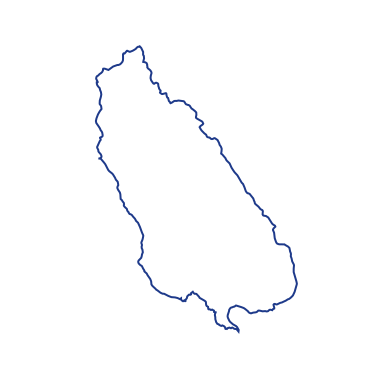 Machetá, Cundinamarca, Colombia, rotated 115°
{"feature_id": "7082276B57289019060192", "entity_name": "Machetá", "entity_type": "district", "adm_level": 2, "iso_a3": "COL", "parent_name": "Colombia", "parent_adm1": "Cundinamarca", "projection": "albers", "projection_center": [-73.613, 5.041], "detail": "fine", "context": "isolated", "style": "outline", "palette": "blue", "viewbox_px": 384, "rotation_deg": 115, "n_neighbors": 0, "source": "geoboundaries", "source_scale": "gbopen_adm2", "svg_char_len": 6055}
<svg xmlns="http://www.w3.org/2000/svg" viewBox="0 0 384 384"><g transform="rotate(115 192 192)"><path d="M298.8,90.9L297.3,91.4L295.4,94.0L294.9,95.4L294.6,99.0L293.6,102.5L292.9,103.8L290.9,106.2L290.0,107.0L288.5,107.6L284.4,108.1L282.9,108.5L281.1,108.2L280.1,107.6L279.6,106.9L278.4,105.8L277.9,105.1L276.3,104.2L276.2,103.8L275.5,98.8L275.3,96.1L275.5,94.7L275.8,93.4L276.5,90.7L277.1,89.8L277.2,88.8L277.2,88.0L277.0,87.2L275.5,85.6L274.0,83.2L273.2,82.5L271.5,81.8L271.2,81.3L270.9,80.4L270.3,77.6L269.0,75.3L268.8,74.1L268.2,73.1L267.8,72.7L266.5,72.2L265.9,71.8L265.5,71.0L265.2,69.3L264.1,69.2L262.9,68.2L262.3,68.4L259.9,70.4L259.7,70.5L258.9,70.3L258.4,69.6L258.3,68.1L257.9,67.4L255.2,65.2L254.1,63.8L252.6,62.6L251.0,61.2L248.8,59.8L248.0,58.9L246.4,58.0L244.1,57.1L243.0,56.8L239.1,56.8L231.5,58.0L230.6,58.3L228.9,59.6L221.6,66.0L218.6,67.4L215.3,68.6L214.6,69.2L212.6,71.8L210.1,73.7L208.5,75.3L206.4,76.1L205.6,76.7L204.5,77.9L201.6,80.0L200.9,81.8L200.6,85.2L200.4,86.0L202.6,91.0L202.8,92.9L202.4,93.9L201.6,94.9L198.9,97.5L194.2,100.4L192.3,102.5L191.9,102.7L190.6,102.7L188.2,101.8L187.6,102.4L187.4,102.9L187.3,104.2L187.1,105.2L186.7,106.2L182.9,112.1L182.5,114.8L183.1,116.9L183.1,117.7L182.4,118.6L179.6,119.6L179.0,120.1L178.7,120.7L178.6,122.7L177.2,125.5L176.1,129.5L175.6,130.3L174.4,131.2L173.7,132.1L172.0,133.7L169.4,138.9L169.4,140.5L169.6,141.0L169.6,141.4L169.1,142.6L168.4,143.7L165.6,146.4L163.2,149.1L162.5,151.0L157.7,157.9L156.1,161.8L154.8,164.0L153.2,166.5L150.2,170.0L148.9,173.7L148.4,174.6L147.2,176.0L145.1,180.6L145.0,181.5L144.9,181.8L142.5,182.5L140.4,183.3L139.7,183.9L138.6,185.1L137.6,186.9L136.2,188.1L134.1,190.8L133.6,193.8L133.7,194.4L133.9,194.7L135.1,195.6L135.6,196.3L135.8,197.0L135.6,198.0L135.3,198.8L135.3,199.4L135.6,200.2L135.7,201.3L135.4,202.0L134.1,203.4L133.6,205.7L132.3,209.1L131.6,210.4L130.0,212.5L128.6,212.2L126.6,211.0L125.7,210.7L125.3,210.7L124.1,212.1L123.8,212.9L123.4,218.3L123.0,219.8L121.8,220.3L120.6,220.5L119.9,220.8L118.1,221.8L117.4,223.5L116.6,226.8L116.6,227.5L115.9,228.8L114.8,230.5L114.6,231.9L114.8,232.3L115.0,234.5L114.7,235.2L113.6,236.8L113.3,237.4L113.3,238.1L114.8,242.9L116.0,244.5L116.6,245.9L117.1,246.6L119.6,248.1L120.6,249.0L120.5,249.3L120.1,249.6L119.8,250.0L119.5,251.0L119.1,251.6L116.9,253.4L116.8,254.4L116.5,254.7L115.2,255.9L113.7,256.8L113.5,257.1L113.5,257.4L113.7,257.8L115.6,260.0L115.9,260.6L115.9,261.1L115.6,262.8L115.3,263.1L113.7,263.1L113.3,263.4L112.9,264.5L112.0,265.7L111.5,266.0L110.3,267.2L108.4,268.3L108.1,268.7L108.0,269.9L108.1,270.7L108.7,271.4L109.8,271.9L110.0,272.3L110.0,272.8L109.5,273.8L108.0,276.3L106.3,277.7L104.0,278.5L101.5,278.9L100.6,279.4L99.5,280.9L99.1,282.0L98.6,284.1L98.0,285.1L97.8,285.3L97.0,285.5L96.0,286.3L95.4,286.5L94.4,287.6L94.2,289.0L94.7,291.2L91.2,291.9L89.0,293.2L88.4,294.2L87.9,294.5L85.7,295.5L82.9,298.9L82.1,300.9L82.7,301.1L83.0,302.1L83.5,302.5L84.6,303.1L85.9,303.4L87.4,304.3L89.1,305.5L91.2,307.5L91.3,307.8L91.4,310.5L91.6,310.7L94.9,311.6L95.1,311.7L95.3,312.6L95.9,312.7L96.4,312.7L100.4,310.8L102.0,310.2L103.4,310.1L105.4,310.6L106.9,311.3L108.0,312.4L108.4,313.3L111.6,316.5L116.7,319.3L117.1,323.2L117.7,324.5L118.2,324.6L119.3,324.1L121.1,324.1L122.5,324.6L124.2,325.6L126.2,326.3L127.1,327.0L128.2,327.2L129.5,326.9L130.0,326.6L131.8,324.3L132.2,323.9L132.6,324.0L132.6,324.4L132.8,324.7L133.3,324.5L134.4,323.8L135.4,322.8L136.5,320.7L136.7,319.9L137.1,319.4L138.3,318.5L140.0,316.7L142.0,315.4L144.3,314.8L148.1,314.2L150.1,313.4L151.2,312.9L151.6,312.3L152.2,311.1L152.8,310.5L155.0,309.1L155.8,309.2L156.6,309.5L158.7,309.8L161.5,310.0L165.6,309.7L168.3,309.1L169.9,307.9L172.2,304.0L173.3,302.3L174.6,300.9L175.3,299.5L176.1,298.5L178.2,297.0L179.2,296.7L179.7,296.8L180.7,297.5L181.1,298.0L181.6,298.3L182.0,298.1L182.6,297.2L183.1,296.9L183.6,296.8L184.8,297.1L191.3,297.0L192.0,296.6L193.4,294.8L194.6,294.1L195.1,293.5L196.4,290.6L197.2,289.7L197.9,289.1L198.5,288.9L199.0,288.9L200.4,289.7L201.3,290.9L200.5,289.2L200.5,288.5L202.6,284.0L203.5,282.3L207.4,277.3L208.1,275.8L209.0,272.1L209.5,271.0L211.6,267.8L213.0,266.2L213.8,264.3L214.1,263.7L215.7,262.5L217.0,261.7L218.3,261.8L219.4,261.6L220.1,261.2L221.3,259.8L222.9,257.2L224.3,256.0L228.5,253.7L229.1,251.9L229.9,250.9L230.6,249.3L231.8,248.4L232.6,248.3L233.3,247.9L233.7,247.2L234.2,246.0L234.8,244.0L236.2,242.8L236.8,241.9L237.0,241.1L237.7,240.4L238.3,239.3L238.1,238.2L238.3,236.7L239.1,235.3L240.3,232.5L241.2,231.2L241.7,230.8L242.7,227.9L245.7,224.4L249.8,220.3L251.7,218.1L252.0,217.8L252.8,217.5L255.2,216.9L256.7,216.7L259.0,216.6L259.8,216.2L260.9,215.1L261.9,214.7L263.0,214.5L264.4,213.6L265.0,212.7L267.4,211.1L269.9,210.9L271.2,210.5L273.1,210.2L276.6,211.4L277.6,211.4L278.4,211.0L279.3,210.1L280.1,207.9L280.2,206.5L280.4,206.0L282.1,203.9L283.3,202.0L284.0,201.7L284.2,201.3L285.0,198.6L286.2,197.1L288.5,193.1L290.2,191.3L292.9,189.7L293.6,188.6L294.0,187.7L295.2,184.0L295.6,183.3L295.8,181.6L296.6,178.0L296.6,175.7L296.0,174.2L296.2,169.5L296.0,166.3L294.7,162.8L294.2,160.3L294.2,157.7L293.0,157.0L294.1,156.5L294.6,155.3L294.7,154.7L294.8,154.0L294.5,153.6L293.7,153.3L293.9,152.3L293.8,152.0L293.4,151.8L292.6,152.5L291.5,152.0L290.5,151.8L288.6,152.2L286.4,151.4L286.1,151.1L286.0,150.3L285.2,149.6L284.1,150.1L282.1,149.1L282.7,148.2L283.1,147.1L283.1,146.4L282.8,146.0L282.5,144.9L284.0,141.3L284.7,140.4L285.2,134.8L285.5,133.4L285.9,132.9L287.8,131.8L288.6,131.2L289.1,130.5L289.3,128.9L291.0,127.9L291.2,127.7L291.3,127.3L290.8,126.4L290.9,124.9L290.1,124.1L290.0,123.8L290.2,123.0L290.2,122.0L290.4,121.8L291.4,121.3L291.0,119.7L291.3,119.6L292.4,119.7L293.8,119.3L295.6,118.0L297.4,117.1L299.7,115.1L300.8,113.3L300.6,111.9L300.8,111.6L301.0,110.9L301.0,108.9L300.1,108.1L300.1,106.5L300.3,105.5L301.3,104.0L301.8,104.0L301.9,103.8L301.3,103.1L301.4,102.8L301.4,102.5L301.0,102.3L300.1,102.0L299.8,101.5L299.3,101.1L299.1,100.8L299.0,99.1L298.2,98.6L297.8,98.0L298.1,95.8L297.5,93.9L297.6,93.4L298.8,90.9Z" fill="none" stroke="#1e3a8a" stroke-width="2"/></g></svg>